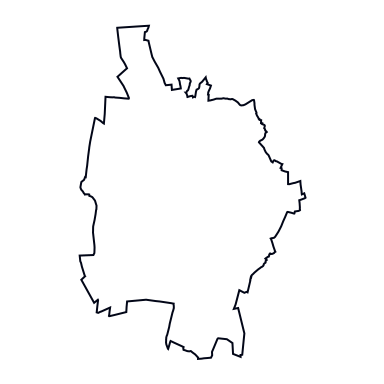 outline of Biharia, Bihor, Romania, rotated 269°
{"feature_id": "2599482B24055189409402", "entity_name": "Biharia", "entity_type": "district", "adm_level": 2, "iso_a3": "ROU", "parent_name": "Romania", "parent_adm1": "Bihor", "projection": "natural_earth1", "projection_center": [21.929, 47.156], "detail": "fine", "context": "isolated", "style": "outline", "palette": "ink", "viewbox_px": 384, "rotation_deg": 269, "n_neighbors": 0, "source": "geoboundaries", "source_scale": "gbopen_adm2", "svg_char_len": 5881}
<svg xmlns="http://www.w3.org/2000/svg" viewBox="0 0 384 384"><g transform="rotate(269 192 192)"><path d="M283.0,255.4L282.8,253.8L278.7,247.0L277.9,245.0L277.7,242.9L277.9,242.1L278.1,241.7L278.3,241.4L278.9,240.9L279.8,240.2L280.9,239.3L281.6,238.3L282.6,237.0L283.7,235.1L284.1,234.4L284.3,233.7L284.0,232.0L284.2,231.0L284.2,230.5L284.4,229.8L284.7,229.2L284.8,228.8L284.8,228.2L284.7,227.6L284.8,227.0L285.2,225.1L285.0,224.0L284.8,223.2L284.8,221.2L284.9,218.7L284.9,218.2L284.7,217.3L284.1,215.5L283.7,213.9L283.6,213.1L283.3,212.4L283.3,211.9L283.2,211.6L283.2,211.2L283.0,210.0L283.5,210.0L288.9,210.4L289.1,209.7L290.3,209.9L290.9,209.9L291.9,210.2L293.5,210.9L295.2,211.8L298.1,212.8L299.6,208.8L300.8,209.6L301.9,209.0L305.1,207.9L306.4,207.7L304.6,206.2L302.6,204.5L302.1,204.1L301.6,203.5L301.1,202.8L300.2,201.8L299.4,201.4L298.2,201.3L297.3,201.2L296.0,200.9L295.5,200.6L295.1,200.1L294.6,199.2L294.3,198.4L293.8,198.2L292.1,197.7L287.9,197.0L286.9,196.7L287.1,196.2L287.0,195.5L286.9,195.1L286.6,194.6L288.2,194.1L288.0,192.6L287.7,191.3L287.2,189.6L287.3,189.6L287.2,189.1L288.5,188.9L290.9,188.1L291.1,187.7L291.5,187.4L291.5,187.8L291.7,188.1L292.3,188.5L292.9,188.7L293.4,189.1L293.6,189.6L294.1,189.9L294.5,190.1L297.5,191.0L298.7,191.5L300.4,191.7L300.8,191.8L301.5,192.2L302.5,192.6L303.1,192.6L303.6,192.4L304.6,191.8L305.5,191.4L305.4,190.3L306.1,186.8L306.2,186.4L306.2,185.5L306.1,184.2L306.3,183.1L305.8,180.2L303.5,181.3L302.3,181.6L299.8,181.9L298.2,182.3L296.8,182.5L295.7,182.6L294.4,173.7L299.7,173.4L299.2,167.7L301.4,166.6L301.9,166.4L302.5,166.3L305.8,165.4L312.8,162.1L316.8,160.4L317.7,159.9L322.2,157.4L323.7,156.6L327.2,154.9L327.5,154.7L330.9,153.9L341.4,151.6L344.0,151.1L344.9,148.0L344.8,146.9L346.7,147.0L352.7,147.7L353.2,149.3L354.0,150.0L355.4,150.4L356.3,150.9L357.2,151.3L359.0,151.8L358.4,138.7L358.3,136.8L357.6,122.1L357.5,120.1L357.0,120.1L348.7,120.9L339.4,121.9L333.5,122.6L331.9,122.7L328.3,123.1L327.2,123.5L323.1,126.1L320.7,127.4L316.8,129.2L315.9,128.1L308.5,119.5L301.1,124.2L299.2,125.4L298.5,125.7L297.2,126.3L292.5,128.5L287.0,130.6L286.4,130.3L286.8,125.9L287.4,121.3L287.8,116.7L287.9,116.4L288.1,115.9L288.1,115.1L288.0,114.5L288.2,111.6L288.3,110.6L288.7,107.2L271.5,106.1L262.0,105.1L262.5,104.3L264.7,101.8L267.3,97.7L267.8,96.4L267.7,96.3L244.3,91.1L238.6,90.1L237.0,89.9L229.7,88.8L220.0,87.6L216.5,87.0L208.7,86.0L208.9,85.4L206.1,84.3L204.0,81.6L203.8,81.5L201.3,81.0L198.7,80.5L197.2,80.9L196.0,81.5L195.3,82.1L194.7,82.7L193.7,83.3L192.7,83.8L192.0,84.5L191.3,84.9L191.5,85.5L191.5,87.6L191.5,88.5L191.3,89.2L189.9,89.3L189.5,90.6L188.7,92.1L188.3,92.5L185.7,94.4L185.3,94.7L184.6,95.0L181.7,95.8L180.0,96.3L176.3,96.1L175.7,95.8L171.5,95.2L165.7,94.1L159.4,92.6L157.9,92.5L154.6,92.4L153.4,92.3L140.6,93.5L138.1,93.6L133.8,93.4L132.6,93.3L130.7,92.3L130.4,78.6L124.7,79.1L123.1,79.8L119.3,80.6L111.8,82.8L109.8,83.4L109.6,83.6L106.2,79.8L82.9,92.2L85.9,96.0L85.5,96.2L79.0,95.3L73.3,94.6L72.8,96.1L73.0,96.7L73.4,97.2L74.0,98.8L74.0,99.0L77.9,108.1L74.0,107.5L70.8,107.1L69.5,106.8L69.3,107.0L69.3,107.4L70.3,112.0L73.1,124.2L78.3,124.6L83.7,125.2L85.1,144.3L85.0,144.8L83.6,153.7L83.1,157.9L81.2,169.3L80.9,170.6L80.8,171.1L80.7,171.7L80.1,171.6L78.4,171.8L76.3,171.8L73.8,171.1L71.9,170.4L67.3,169.2L60.9,167.5L57.3,166.8L49.6,164.7L48.6,164.2L47.6,163.9L46.8,163.7L45.9,163.7L45.2,163.5L44.8,163.6L43.2,163.5L42.0,163.4L40.0,163.7L35.7,165.2L35.5,165.4L39.2,166.6L42.3,167.5L43.4,168.0L41.5,171.8L38.2,178.7L37.1,180.9L36.2,180.6L35.5,180.6L34.3,180.8L33.9,182.2L33.0,184.5L32.7,186.5L33.0,188.0L31.4,189.9L29.6,192.3L27.5,194.2L26.5,194.9L26.4,195.2L25.0,195.1L25.2,198.8L25.5,200.8L25.7,204.0L26.0,208.1L26.8,208.5L28.3,209.3L28.9,209.3L31.7,209.2L32.9,209.7L33.7,210.1L44.7,214.9L45.3,215.6L44.2,224.3L40.3,229.8L29.4,230.2L26.3,237.7L28.2,237.7L28.2,238.5L28.4,239.4L43.0,241.1L49.7,241.9L75.2,236.1L74.4,231.8L78.7,233.6L83.3,234.9L91.9,237.3L93.0,237.6L90.3,242.6L91.2,244.8L90.7,245.8L102.5,248.8L102.8,248.6L105.7,249.3L105.4,249.6L107.3,250.1L107.6,250.2L107.8,250.3L109.0,251.7L110.3,253.0L111.8,254.8L113.6,257.0L114.6,258.5L115.6,259.8L116.1,260.9L116.9,261.9L117.6,262.3L118.6,262.5L119.4,263.2L120.0,264.2L120.5,264.4L121.3,264.3L121.9,264.5L122.1,264.8L122.7,265.5L124.1,264.2L124.8,265.1L124.8,265.5L125.8,266.4L126.0,267.6L126.9,268.0L127.7,268.0L128.4,268.5L128.7,268.5L129.2,269.0L129.1,269.3L128.6,269.8L128.8,271.4L129.5,272.9L130.4,273.6L130.8,274.3L131.6,273.9L132.3,273.7L135.9,272.5L139.6,271.5L143.4,270.3L144.1,269.9L144.4,270.7L144.5,271.7L144.8,273.2L145.7,274.3L150.3,277.4L151.3,278.0L154.1,279.5L156.2,280.6L161.2,282.7L165.4,284.7L170.0,286.7L170.3,286.9L170.4,287.1L170.4,287.3L170.4,287.6L170.0,289.1L169.5,291.0L168.6,293.8L168.7,294.0L170.4,294.4L170.7,294.5L170.8,295.0L171.2,298.1L171.7,299.3L172.0,299.7L173.6,299.5L174.7,299.6L179.0,299.4L181.9,299.1L182.4,300.8L183.8,304.7L184.3,305.4L188.7,304.2L187.7,301.8L189.2,301.6L190.4,301.6L197.5,300.7L201.1,300.5L199.4,295.3L199.1,293.5L198.1,289.3L198.2,288.2L210.2,288.4L210.9,285.4L212.2,282.0L214.2,282.0L214.5,281.0L218.3,282.8L218.5,281.9L221.2,277.3L221.4,276.2L222.1,275.4L222.3,274.8L222.0,274.2L221.4,273.8L220.2,273.2L221.2,271.8L227.2,269.3L227.9,268.8L229.0,267.6L230.6,266.4L233.2,265.2L234.9,264.7L240.5,259.8L241.1,260.0L242.1,261.1L242.8,262.7L243.2,263.4L244.2,264.4L245.4,265.3L246.2,265.8L247.7,266.1L248.5,266.1L249.2,266.3L249.8,266.6L250.7,267.8L251.4,267.3L251.8,266.6L252.2,266.3L252.5,266.2L253.2,266.2L253.6,266.0L254.0,265.7L254.5,265.3L254.8,265.4L256.5,265.9L256.9,265.9L257.3,265.9L257.8,265.4L258.3,264.3L258.6,263.4L259.5,263.5L259.6,262.2L262.6,262.4L262.9,260.8L263.8,260.7L263.9,260.0L265.1,259.6L267.3,258.3L269.4,257.5L269.9,257.9L270.7,257.7L272.4,257.0L273.8,256.5L278.0,256.0L279.8,256.0L282.8,255.6L283.0,255.4Z" fill="none" stroke="#020617" stroke-width="2"/></g></svg>